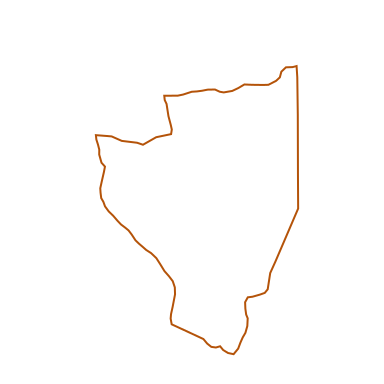 Mogeiro, Paraíba, Brazil (Robinson projection), rotated 194°
{"feature_id": "56859067B61318490511597", "entity_name": "Mogeiro", "entity_type": "district", "adm_level": 2, "iso_a3": "BRA", "parent_name": "Brazil", "parent_adm1": "Paraíba", "projection": "robinson", "projection_center": [-35.482, -7.296], "detail": "fine", "context": "isolated", "style": "outline", "palette": "amber", "viewbox_px": 384, "rotation_deg": 194, "n_neighbors": 0, "source": "geoboundaries", "source_scale": "gbopen_adm2", "svg_char_len": 1336}
<svg xmlns="http://www.w3.org/2000/svg" viewBox="0 0 384 384"><g transform="rotate(194 192 192)"><path d="M140.6,48.6L135.8,46.4L131.2,46.9L127.4,49.1L123.5,46.2L118.1,44.5L112.4,44.7L109.3,51.2L108.6,57.4L107.6,63.2L106.1,68.3L105.9,75.3L107.4,82.9L109.8,86.2L112.0,91.7L113.8,97.9L112.4,103.3L108.0,105.0L101.4,108.8L97.0,111.7L95.0,115.9L96.5,132.3L94.2,144.9L85.0,201.6L93.6,235.3L108.0,292.4L117.6,328.8L121.0,339.5L124.7,337.5L131.0,335.7L134.4,330.4L134.5,324.5L137.3,320.2L143.8,314.5L148.8,313.1L159.8,310.5L167.2,309.0L172.4,303.9L177.4,299.8L185.3,296.3L189.3,296.0L194.5,297.0L201.6,295.1L206.7,292.7L211.5,290.8L216.5,289.2L224.2,284.4L229.2,282.0L242.2,278.7L240.7,274.6L238.0,271.3L233.2,259.9L228.8,251.9L226.7,247.7L226.3,243.1L240.0,236.5L251.0,226.0L257.2,226.5L272.5,224.6L283.4,226.5L287.8,225.8L299.0,223.9L297.5,219.8L294.6,215.1L292.2,210.6L291.1,205.9L286.9,198.5L282.6,195.6L282.3,190.2L282.1,180.0L281.9,173.4L280.6,169.3L278.6,164.1L275.6,161.0L272.9,157.0L268.1,153.0L262.6,149.8L257.4,146.1L253.0,143.3L248.3,141.3L244.3,139.4L240.3,136.2L235.1,131.4L230.9,129.0L226.1,126.6L222.5,124.7L216.9,122.8L210.6,119.2L205.4,114.3L199.6,108.6L194.1,104.8L189.1,100.8L185.6,95.3L183.7,88.6L183.0,75.9L182.8,68.5L182.1,64.0L179.7,58.7L145.4,52.1L140.6,48.6Z" fill="none" stroke="#b45309" stroke-width="2"/></g></svg>